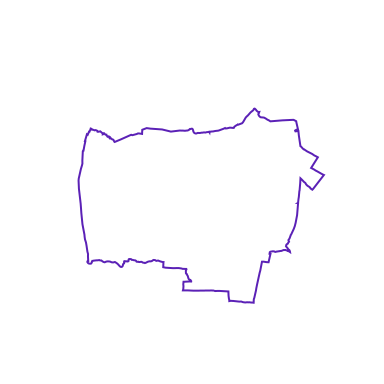 outline of Draguseni, Botosani, Romania, rotated 310°
{"feature_id": "2599482B61564668293173", "entity_name": "Draguseni", "entity_type": "district", "adm_level": 2, "iso_a3": "ROU", "parent_name": "Romania", "parent_adm1": "Botosani", "projection": "orthographic", "projection_center": [26.821, 48.036], "detail": "fine", "context": "isolated", "style": "outline", "palette": "violet", "viewbox_px": 384, "rotation_deg": 310, "n_neighbors": 0, "source": "geoboundaries", "source_scale": "gbopen_adm2", "svg_char_len": 5801}
<svg xmlns="http://www.w3.org/2000/svg" viewBox="0 0 384 384"><g transform="rotate(310 192 192)"><path d="M299.5,266.1L299.1,264.1L298.6,262.1L298.4,259.6L297.1,254.1L296.7,250.3L296.5,250.2L296.5,248.9L296.8,247.0L296.9,246.1L296.8,245.6L303.9,237.6L307.1,234.3L305.1,232.4L305.5,232.0L305.2,231.7L305.3,231.5L305.5,231.5L306.0,231.9L306.5,231.8L308.2,232.8L312.2,227.5L313.2,226.3L312.9,224.9L312.7,223.9L312.4,223.2L305.0,215.2L296.5,206.6L296.3,204.7L295.9,203.4L295.7,201.4L295.4,199.8L295.2,199.2L294.8,198.6L293.4,196.6L293.3,196.0L293.3,195.3L293.5,194.1L294.2,192.8L294.3,192.7L295.2,192.6L296.5,192.1L295.9,191.6L295.8,190.5L295.8,189.2L296.1,188.2L296.2,186.9L296.2,186.6L296.0,186.2L295.4,186.0L294.6,186.3L293.7,186.3L290.7,185.7L286.4,185.6L285.2,185.4L283.6,185.3L278.5,186.2L276.9,186.2L276.2,185.8L273.2,184.1L273.1,183.9L273.1,183.7L272.8,183.7L271.9,183.2L269.3,182.5L269.0,182.5L268.4,182.8L268.0,182.8L267.5,182.3L265.7,179.7L263.0,177.7L262.3,176.9L262.2,176.8L262.1,176.5L262.2,176.2L260.7,175.5L256.7,173.2L255.9,172.7L253.7,170.6L251.8,169.1L251.0,168.2L249.7,167.0L249.5,166.7L248.9,167.1L249.0,166.8L248.9,166.6L248.4,165.9L247.4,164.9L246.1,164.0L245.4,162.9L244.2,161.9L243.5,161.1L242.6,160.4L242.1,159.9L240.9,158.4L239.6,157.7L239.0,156.9L238.7,155.9L239.1,154.3L239.9,153.3L240.5,152.3L240.6,151.6L240.4,151.2L239.9,150.7L239.2,150.4L239.0,150.1L238.9,149.9L238.1,149.8L237.2,149.6L236.3,149.1L235.0,147.8L234.4,147.3L233.5,146.0L231.2,143.1L224.7,137.0L220.7,128.9L213.8,119.4L211.8,116.2L207.7,113.9L204.4,116.4L203.2,114.4L202.2,113.0L200.9,112.4L198.9,111.0L197.2,109.8L197.0,109.4L196.8,108.7L196.7,108.6L186.4,103.6L180.6,100.6L180.6,100.2L181.4,98.4L181.4,98.1L181.4,97.8L181.0,97.0L181.0,96.8L181.1,95.5L181.0,95.3L180.4,95.0L180.2,94.8L180.2,94.6L180.2,94.4L180.3,94.2L181.3,93.7L181.1,92.5L180.6,92.3L180.4,92.3L180.2,92.2L180.1,91.9L180.5,91.6L180.3,90.8L180.3,90.5L180.4,90.2L180.9,89.6L180.5,89.1L180.3,88.7L180.3,88.1L180.5,87.5L180.5,86.8L180.4,86.7L180.1,86.7L179.6,86.9L179.1,86.8L178.8,86.6L179.7,86.0L179.7,85.8L179.5,85.4L179.4,84.7L179.5,84.1L179.5,83.0L179.5,82.7L179.1,82.4L178.5,82.0L178.0,81.6L177.9,81.3L177.5,80.9L177.8,80.5L178.0,80.2L177.6,78.7L177.4,78.3L177.2,78.1L176.6,77.7L176.2,76.4L175.5,75.4L175.8,74.9L175.7,74.1L175.5,73.6L174.6,74.0L172.3,74.7L172.1,74.3L168.8,75.3L168.7,74.4L162.1,77.3L162.3,77.7L158.1,79.9L154.1,82.2L153.9,82.3L153.7,82.0L153.0,82.2L145.6,87.8L143.3,89.8L141.7,90.6L138.2,92.1L132.4,95.1L129.5,96.6L127.9,97.7L121.8,103.3L111.5,114.2L107.5,118.1L104.7,120.8L96.9,128.8L90.2,137.0L88.6,138.6L86.9,140.5L85.2,143.2L83.1,145.7L79.1,150.2L77.7,152.2L75.8,153.7L72.5,156.8L72.2,156.4L71.3,156.7L71.4,157.0L70.8,157.8L70.8,158.1L70.8,158.7L71.2,159.5L71.4,159.8L72.1,160.6L72.5,160.7L73.0,160.6L73.6,160.6L74.2,160.1L75.2,159.9L75.7,160.5L76.1,160.7L78.0,162.5L78.8,163.4L80.3,164.8L80.4,165.4L80.6,165.7L81.0,166.2L81.3,166.6L81.3,167.8L81.5,169.1L81.9,170.1L82.2,170.4L83.3,170.9L84.4,171.7L85.0,172.4L86.0,173.9L86.5,175.6L86.8,176.1L87.6,177.1L88.8,177.9L89.1,179.8L89.1,180.2L89.1,181.0L89.1,181.6L88.7,184.4L88.7,184.7L88.9,185.7L89.1,186.0L89.9,186.5L90.3,186.5L91.0,186.4L92.4,185.6L93.3,185.8L93.8,185.8L94.0,185.7L94.6,185.0L95.0,184.8L95.4,184.6L95.8,184.9L95.8,185.1L95.8,185.4L96.4,185.8L96.7,186.4L97.1,186.7L97.5,187.5L98.4,187.7L98.8,187.3L99.7,186.8L99.9,186.8L100.3,187.0L100.8,187.6L101.3,188.3L101.4,188.6L101.3,189.5L101.9,190.2L102.3,191.2L103.2,192.6L103.3,193.3L103.2,193.7L103.0,194.2L103.2,194.8L104.1,195.7L104.2,196.3L104.6,196.8L105.8,197.9L106.1,198.3L106.2,198.7L106.3,199.6L106.5,200.1L107.2,201.1L107.3,201.6L108.1,202.1L109.3,202.6L110.4,203.1L111.9,204.3L112.4,205.1L112.7,205.2L113.7,205.8L114.8,206.0L115.3,206.3L116.1,207.5L116.2,208.4L116.3,208.9L117.7,210.1L118.4,212.2L119.5,214.6L120.0,215.2L119.4,215.6L115.9,218.3L117.1,220.5L121.6,226.6L124.8,230.2L125.5,231.2L126.6,233.0L127.1,234.2L129.4,237.1L129.3,237.4L128.9,237.6L128.2,237.7L127.7,237.9L127.4,238.2L127.2,238.3L126.9,238.7L126.0,239.4L125.7,239.9L125.8,240.3L125.8,240.8L125.3,241.6L125.0,242.6L123.4,245.0L123.2,245.7L123.3,246.5L123.6,247.3L123.5,247.7L123.2,248.7L122.9,248.9L121.5,247.2L118.5,244.0L117.8,243.2L116.9,243.8L115.4,244.9L114.5,245.9L112.2,247.6L110.8,248.3L114.2,252.4L117.4,256.6L119.5,259.1L129.4,270.6L130.1,271.6L130.7,272.2L131.0,272.3L131.3,272.2L130.8,272.7L130.8,273.0L131.0,273.4L132.6,275.1L134.3,277.2L139.2,283.8L135.9,286.8L133.8,289.1L133.5,289.7L132.4,290.7L133.5,291.6L135.1,293.7L138.3,298.5L139.7,300.1L140.4,301.9L141.6,303.8L143.0,305.1L143.6,306.0L144.3,306.7L145.4,308.4L146.1,309.3L146.8,310.4L147.5,309.9L148.7,308.9L149.6,308.3L150.2,308.0L150.9,307.8L157.7,304.3L159.5,303.2L162.8,301.4L173.5,295.8L175.7,294.8L183.6,290.4L184.5,291.4L186.2,294.2L187.4,295.8L195.0,291.9L194.5,291.1L195.9,290.3L196.5,290.4L197.0,290.7L198.6,292.1L199.3,293.1L199.5,294.0L199.8,294.5L200.6,295.0L202.3,296.5L202.8,297.0L203.3,297.3L204.4,298.4L205.6,299.0L206.6,299.6L207.0,300.2L207.7,300.9L207.9,301.7L208.1,302.0L208.3,302.5L208.3,303.2L208.8,304.0L209.0,305.7L209.6,305.0L209.7,304.6L210.0,304.1L210.1,303.8L210.0,302.6L210.5,301.0L210.6,299.9L210.9,298.8L211.8,298.5L212.0,298.3L212.3,298.2L212.9,298.2L214.1,298.6L215.3,298.2L216.3,298.3L217.1,296.8L219.0,296.6L221.8,295.6L222.4,295.3L223.1,295.3L229.1,293.7L231.9,292.7L235.0,291.2L241.8,287.4L251.7,280.4L251.5,280.1L251.8,280.2L252.2,280.0L254.9,278.2L256.9,277.0L261.8,273.6L262.2,273.5L268.2,269.3L272.2,266.3L272.1,268.0L271.7,271.5L271.8,272.8L271.7,273.3L271.2,274.5L271.0,276.5L271.3,278.5L271.3,279.6L271.2,280.0L270.9,280.4L271.1,282.7L272.2,282.8L289.8,282.1L289.7,281.8L289.6,281.4L289.2,279.6L288.3,274.6L287.9,272.9L287.7,271.0L287.0,267.8L299.5,266.1Z" fill="none" stroke="#5b21b6" stroke-width="2"/></g></svg>